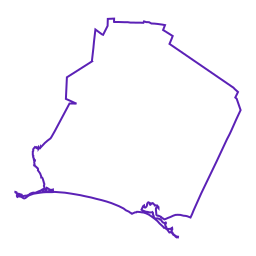 outline of Empalme, Sonora, Mexico
{"feature_id": "50627088B92525339863236", "entity_name": "Empalme", "entity_type": "district", "adm_level": 2, "iso_a3": "MEX", "parent_name": "Mexico", "parent_adm1": "Sonora", "projection": "orthographic", "projection_center": [-110.763, 28.004], "detail": "fine", "context": "isolated", "style": "outline", "palette": "violet", "viewbox_px": 256, "rotation_deg": 0, "n_neighbors": 0, "source": "geoboundaries", "source_scale": "gbopen_adm2", "svg_char_len": 5587}
<svg xmlns="http://www.w3.org/2000/svg" viewBox="0 0 256 256"><path d="M190.5,217.5L192.1,214.1L193.5,210.6L201.3,193.2L216.8,161.0L226.9,139.4L229.7,134.0L231.1,131.0L236.3,119.3L240.6,110.1L236.7,98.8L235.3,97.5L238.0,92.0L235.0,89.3L234.1,88.4L233.6,87.8L169.5,43.9L171.8,38.4L172.0,37.8L172.7,36.0L163.1,30.0L165.0,25.1L162.3,24.6L157.2,23.9L154.2,23.6L151.4,23.5L149.0,22.2L146.2,22.1L144.0,21.4L143.4,22.8L140.7,22.7L131.8,22.6L130.5,22.6L127.8,22.2L124.5,22.2L118.4,22.0L114.3,22.0L114.0,21.9L114.1,18.6L107.8,18.9L107.6,25.9L103.1,34.8L101.9,34.3L95.4,29.5L94.0,41.6L93.4,48.0L91.9,61.1L92.1,61.3L66.9,77.3L65.9,98.9L71.1,101.2L75.2,103.1L76.5,103.6L69.5,103.5L54.8,131.1L51.5,136.9L50.5,138.4L47.3,140.8L46.7,141.4L45.0,142.8L40.7,147.4L40.5,146.9L40.3,147.5L40.2,147.5L40.0,148.3L38.8,148.4L38.6,148.7L38.6,147.8L38.5,147.7L38.3,147.1L37.4,148.5L36.5,148.0L36.9,147.5L36.4,147.2L36.1,147.7L35.0,147.0L33.8,148.4L33.4,148.9L33.2,149.4L33.2,149.7L33.3,150.2L33.2,151.0L32.8,151.5L32.8,155.0L33.2,155.5L33.4,156.0L33.1,156.4L33.1,156.9L33.4,157.7L33.5,157.8L33.6,158.3L33.7,158.8L33.9,158.8L33.9,159.9L34.1,160.7L34.5,160.8L34.7,160.7L34.8,160.5L34.6,160.3L34.6,159.8L34.9,160.1L34.8,160.3L34.9,160.8L34.5,161.0L34.2,162.3L34.6,164.7L34.6,164.8L34.4,164.8L34.2,165.0L34.3,165.1L34.1,165.2L34.2,165.5L34.6,165.6L35.2,166.0L35.5,166.3L35.5,166.5L36.0,166.7L36.4,167.1L36.9,167.8L37.1,167.9L37.4,167.9L37.8,168.5L38.1,169.1L38.0,170.0L37.9,170.3L38.1,170.6L39.5,172.5L40.2,173.6L40.3,173.9L40.4,174.1L40.5,174.6L40.8,175.2L41.1,176.0L41.1,176.3L41.2,177.3L41.5,177.2L42.0,177.5L42.4,178.0L42.7,178.8L42.8,179.0L43.0,179.4L43.1,180.0L43.4,180.8L43.5,181.5L43.7,181.8L43.8,182.8L44.2,183.3L44.2,184.1L44.3,184.2L44.3,184.7L43.9,185.8L44.0,185.9L44.1,186.5L44.2,187.0L44.6,188.0L44.6,188.3L44.7,188.5L44.4,188.8L44.8,188.6L45.0,188.6L45.1,188.8L45.3,189.2L45.3,189.4L45.4,189.6L46.1,190.1L46.2,189.8L46.8,189.0L46.7,188.1L46.5,187.9L47.2,188.3L47.3,188.3L46.9,188.0L46.9,187.9L47.4,188.1L49.6,189.5L50.4,189.8L51.6,189.9L52.1,189.7L52.3,189.8L52.5,189.8L52.9,189.6L53.0,190.8L52.9,191.0L51.9,191.3L51.8,191.2L51.3,191.4L50.9,191.4L50.5,191.2L50.2,190.8L50.0,190.7L49.1,190.9L48.3,191.3L47.7,191.4L46.2,191.5L45.6,191.5L43.8,191.6L43.3,191.4L43.2,191.3L43.0,191.2L42.9,191.0L42.7,190.7L42.8,190.6L43.0,190.6L42.9,190.3L43.0,190.0L42.9,189.8L43.0,189.4L43.3,189.4L43.2,189.1L41.8,189.8L41.0,190.4L39.7,191.0L39.2,191.1L35.5,192.7L34.8,193.0L34.0,192.6L32.4,192.8L31.1,193.3L29.8,193.9L29.6,194.1L29.3,194.5L28.8,194.8L27.0,195.5L26.3,195.7L25.2,195.7L22.4,196.3L22.0,196.3L21.3,196.0L21.0,195.8L20.9,195.7L21.0,195.6L20.7,195.3L20.4,195.1L20.1,194.9L19.9,194.7L19.6,194.6L18.9,194.0L19.2,194.1L19.3,194.1L20.0,194.4L20.5,194.4L21.4,194.6L21.5,194.7L21.4,194.8L21.6,194.9L21.6,195.2L21.8,195.1L21.8,194.9L21.7,194.7L19.7,194.1L18.9,193.8L17.6,193.7L17.2,193.5L16.7,193.1L16.6,192.6L16.3,192.6L15.9,192.0L15.4,191.9L15.4,192.1L15.8,192.1L16.1,192.6L16.4,192.7L16.3,193.1L16.7,193.6L16.9,193.7L17.2,193.6L17.5,193.8L17.7,194.3L17.8,194.8L17.8,195.1L17.7,195.3L17.5,195.6L17.2,195.7L16.9,195.7L16.9,195.8L16.9,196.2L17.3,196.9L17.4,197.0L17.6,196.9L17.8,196.6L17.9,196.2L18.0,196.2L20.7,196.7L21.2,196.8L23.5,198.2L24.0,198.4L24.4,198.4L25.0,198.2L25.6,197.9L28.0,196.0L29.4,195.2L33.6,193.7L40.0,192.7L43.3,192.3L46.6,192.1L52.4,192.1L54.6,191.9L65.0,192.7L71.6,193.7L80.5,195.2L84.0,196.0L91.2,197.5L96.1,198.8L101.5,200.1L106.5,201.5L111.4,203.1L118.8,206.1L123.6,208.5L125.9,210.3L128.8,211.6L130.1,212.6L131.3,213.2L131.6,213.7L132.3,213.7L132.7,213.4L135.2,212.3L136.3,212.3L136.6,212.0L136.9,211.8L138.5,211.9L141.1,212.2L142.0,212.4L143.5,212.5L146.0,213.3L148.8,214.6L151.9,216.7L155.2,219.2L157.5,221.1L159.5,223.4L163.1,226.7L163.9,227.8L164.8,227.8L165.8,228.6L166.9,229.2L168.4,231.1L169.0,232.0L169.4,232.5L170.0,232.4L170.3,232.2L170.7,232.3L171.2,232.4L171.8,232.8L172.2,233.2L172.7,233.9L173.3,234.8L174.0,235.2L174.4,235.3L175.0,235.9L175.7,236.8L176.2,236.9L176.7,237.4L177.2,237.3L177.9,237.4L178.0,236.7L176.5,236.5L174.3,235.0L172.9,233.7L172.2,232.8L173.2,233.0L172.2,232.5L171.9,231.9L171.6,231.3L171.5,230.6L172.1,229.9L172.3,229.3L172.1,227.8L171.5,228.1L170.6,229.0L170.1,228.9L169.4,228.9L168.8,229.0L168.1,229.0L167.8,228.8L167.1,228.7L166.6,228.6L166.3,228.3L166.3,227.6L166.2,226.9L165.6,226.1L165.1,224.6L165.4,224.3L165.6,224.0L166.0,223.0L165.7,222.5L165.4,222.7L164.9,223.0L164.5,223.0L163.3,222.7L162.5,222.0L161.9,221.4L161.4,220.5L160.4,219.4L159.6,219.4L159.3,219.0L158.7,218.7L157.7,218.4L156.1,218.5L155.4,218.4L154.6,218.1L153.6,217.0L153.9,216.9L153.5,215.4L152.9,214.4L153.0,213.0L152.7,212.6L152.4,212.1L152.1,212.3L150.0,212.5L148.7,212.2L147.6,211.9L145.8,211.7L142.4,210.4L141.5,209.7L143.0,206.4L143.5,205.8L144.0,205.5L144.0,206.2L144.2,206.9L144.4,207.3L145.1,207.6L145.6,207.4L146.5,206.5L147.0,205.2L147.2,203.6L148.0,202.5L148.3,202.3L149.7,202.9L149.7,204.1L149.9,204.6L150.3,204.8L150.7,204.5L151.4,203.5L152.3,203.1L152.9,203.2L153.4,203.7L153.4,204.0L154.7,204.8L154.8,205.5L155.7,205.5L156.5,205.5L157.0,205.4L157.7,206.2L157.7,206.4L157.8,206.5L158.2,206.8L158.5,207.1L158.5,208.1L158.1,207.6L157.7,207.3L157.1,207.3L156.1,208.0L155.9,208.7L155.9,209.5L156.1,211.7L156.3,213.7L156.3,214.6L156.6,215.1L156.9,215.4L157.3,215.6L157.7,215.6L158.1,215.8L158.5,215.7L160.7,216.7L160.9,217.2L161.4,217.2L162.5,218.4L163.2,218.5L164.3,219.4L165.8,218.9L168.0,217.9L170.4,217.0L173.2,215.7L174.6,215.2L175.6,214.9L177.7,214.8L180.3,214.9L183.5,215.7L185.7,215.9L187.4,216.3L190.5,217.5Z" fill="none" stroke="#5b21b6" stroke-width="2"/></svg>